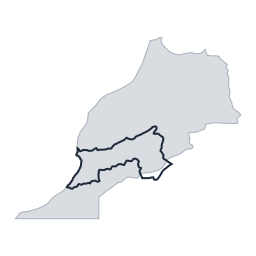 Souss - Massa - Draâ highlighted on a map of Morocco
{"feature_id": "MAR-1455", "entity_name": "Souss - Massa - Draâ", "entity_type": "Region", "adm_level": 1, "iso_a3": "MAR", "parent_name": "Morocco", "parent_adm1": "", "projection": "mercator", "projection_center": [-8.042, 30.523], "detail": "fine", "context": "in_parent", "style": "outline", "palette": "slate", "viewbox_px": 256, "rotation_deg": 0, "n_neighbors": 0, "source": "natural_earth", "source_scale": "10m", "svg_char_len": 5330}
<svg xmlns="http://www.w3.org/2000/svg" viewBox="0 0 256 256"><path d="M17.6,216.5L19.3,213.5L22.2,212.1L28.3,211.4L37.3,208.9L45.3,205.1L47.6,203.6L50.1,200.5L54.1,196.5L61.7,191.7L65.2,189.1L70.5,182.3L74.1,176.8L77.0,173.2L79.0,170.0L80.5,166.7L81.3,161.5L80.7,159.4L78.5,156.1L77.0,155.2L76.6,153.6L77.4,150.8L77.4,145.9L77.8,138.2L80.3,131.9L86.4,123.7L87.5,120.3L88.2,114.9L88.3,113.0L95.9,105.3L100.4,99.4L102.0,97.9L105.9,95.2L119.7,89.3L127.4,85.0L132.0,81.9L134.7,78.2L142.2,63.7L149.5,43.0L150.2,40.6L153.4,40.0L155.8,39.7L157.6,38.9L160.0,37.3L162.2,38.0L161.1,39.0L161.1,41.6L162.7,44.6L165.4,47.9L170.4,52.2L174.3,53.9L179.8,54.9L186.3,53.1L189.9,53.0L191.7,52.2L193.6,53.4L197.3,53.8L200.8,53.2L203.4,51.4L205.1,49.3L205.4,50.3L205.5,51.4L206.0,52.1L207.0,54.7L207.6,55.7L209.6,55.5L211.4,56.0L215.3,55.8L219.1,56.2L219.7,57.9L220.8,59.3L224.7,62.3L227.0,64.2L227.1,64.9L226.4,66.4L226.0,67.5L226.7,68.6L228.1,70.0L228.2,70.7L227.9,71.4L227.1,72.9L228.7,77.2L229.0,81.4L228.6,84.4L228.6,86.1L228.8,87.5L230.1,90.9L229.2,96.4L230.2,99.4L231.6,101.9L232.4,106.2L233.5,108.3L235.3,110.1L236.3,110.7L238.4,112.2L239.8,113.4L240.6,115.3L238.8,116.8L237.4,118.2L237.0,119.6L237.7,122.0L237.7,123.2L236.7,123.6L233.0,123.5L230.0,123.4L226.6,123.3L221.9,123.1L218.9,122.9L214.9,122.7L213.5,122.8L209.8,123.5L207.2,124.0L206.7,124.1L205.9,124.7L205.3,126.4L204.8,128.4L204.3,129.2L196.4,132.1L193.4,132.5L191.6,132.2L190.3,132.4L189.2,133.0L188.8,133.9L188.8,135.1L189.0,136.3L189.8,137.9L189.9,139.6L189.4,140.7L189.3,141.9L189.1,143.1L189.5,143.8L190.3,143.9L191.0,144.5L192.1,145.0L193.0,146.0L192.9,147.4L192.2,148.2L191.5,148.7L188.6,149.0L186.3,149.3L183.2,151.6L180.0,154.0L176.1,155.6L174.5,156.0L171.5,157.1L168.0,159.0L166.2,162.0L164.0,165.5L161.9,167.8L159.0,170.0L156.3,170.8L152.9,171.9L148.7,172.7L145.6,172.9L144.7,173.1L142.1,173.2L140.8,173.0L139.8,172.9L139.4,173.2L139.3,173.7L139.2,174.9L139.1,176.4L138.2,177.6L137.6,178.1L136.9,178.3L134.7,178.0L132.8,177.6L128.4,177.1L127.5,177.2L127.1,177.4L125.8,178.2L123.6,179.9L122.2,181.4L121.1,182.1L118.5,182.5L117.4,183.0L112.6,186.7L111.5,187.6L106.6,190.9L105.2,191.9L104.1,193.0L101.1,195.4L99.2,196.4L98.9,197.1L98.8,198.5L98.8,201.7L98.8,204.8L98.8,209.3L98.8,213.7L98.8,218.7L15.4,218.7L17.6,216.5Z" fill="#d9dde1" stroke="#a8b0b8" stroke-width="1"/><path d="M171.6,164.1L169.7,165.2L168.1,166.4L166.0,168.2L164.1,169.5L162.3,171.5L161.0,174.0L159.3,176.7L157.3,179.3L155.5,179.9L153.9,179.3L153.3,177.3L150.9,177.6L148.7,178.1L146.4,178.1L143.7,178.1L142.3,178.2L139.9,172.7L139.5,171.4L139.7,170.7L140.9,168.6L141.0,168.0L140.3,167.7L139.2,167.5L138.7,166.8L138.2,164.7L138.1,163.8L138.6,162.2L138.9,161.5L137.9,160.1L136.4,159.0L135.4,158.6L133.9,158.9L133.0,159.3L132.4,160.4L131.8,160.9L130.9,161.1L129.5,161.1L128.3,160.7L126.8,160.6L126.1,161.4L125.3,162.8L124.7,164.0L124.1,165.0L122.1,164.6L121.4,164.2L120.7,164.2L120.1,164.1L118.4,164.3L117.5,164.9L116.7,165.5L116.0,166.3L113.0,166.3L112.1,166.6L111.5,167.4L111.1,168.5L110.5,169.1L109.6,169.5L108.6,168.9L107.5,168.9L105.9,169.1L104.7,170.0L102.0,170.1L100.8,169.8L99.5,169.8L99.0,170.6L98.7,171.3L98.8,171.9L99.0,172.4L98.6,173.0L98.5,173.5L98.5,174.1L98.6,178.0L98.9,179.2L99.4,180.4L99.5,181.0L99.0,181.3L98.4,181.5L97.7,181.8L95.2,180.7L93.2,180.8L91.4,181.4L90.6,182.4L90.1,183.4L89.7,183.3L89.4,182.9L88.8,182.9L87.2,183.3L86.2,183.6L85.2,183.7L84.2,183.6L83.4,183.6L82.0,184.6L81.1,184.7L80.2,184.4L79.4,184.0L78.2,184.5L77.8,185.1L77.5,186.0L76.6,186.9L75.7,186.8L74.7,187.0L73.8,187.5L72.4,188.8L71.6,188.8L70.8,188.4L70.4,187.9L69.8,187.7L69.4,187.6L68.1,187.7L66.8,187.0L67.8,185.6L68.3,185.0L68.6,184.7L69.3,184.4L69.6,184.1L70.1,183.4L70.6,182.8L70.8,182.4L70.9,182.0L71.0,181.8L71.6,181.3L71.7,181.2L71.9,180.7L72.6,179.6L72.8,179.3L72.8,178.9L72.9,178.4L73.1,178.0L73.3,177.6L74.2,176.8L74.3,176.6L74.4,176.2L75.2,175.2L77.6,172.5L79.5,169.1L80.7,166.3L80.9,165.5L81.2,162.8L81.5,161.4L81.6,160.9L81.5,160.3L81.3,160.1L81.0,159.9L80.7,159.5L80.5,159.2L80.0,158.1L79.8,157.4L79.7,157.3L79.5,157.2L79.3,157.2L79.1,157.0L78.8,156.4L77.4,155.5L77.0,155.5L76.6,155.4L76.3,155.1L76.4,154.2L76.8,153.4L77.3,152.7L77.6,152.0L77.7,151.5L77.7,151.2L77.5,150.8L77.5,150.7L77.6,150.2L77.5,148.3L78.6,149.1L79.3,150.4L80.0,151.2L80.9,151.1L82.0,150.6L82.7,150.0L84.5,150.1L86.7,150.0L88.5,150.8L90.6,150.8L92.0,150.6L92.8,150.2L93.6,149.6L95.5,148.4L96.2,148.1L96.7,148.5L97.1,149.0L97.2,149.7L97.5,150.1L98.0,150.1L99.0,149.8L100.4,149.7L104.8,149.6L107.4,148.9L108.4,148.4L110.0,148.7L110.9,148.6L111.7,148.0L112.5,146.6L113.6,145.4L114.8,144.4L116.1,143.8L117.0,143.6L117.7,143.0L124.1,140.0L125.1,139.1L125.8,138.4L126.3,138.0L126.7,137.7L127.4,138.2L128.1,138.7L129.2,138.9L130.4,139.3L132.2,139.3L133.8,138.9L134.8,138.0L135.7,136.7L139.8,134.9L140.7,134.7L141.9,133.9L147.7,131.0L151.3,128.5L152.4,127.1L155.1,126.3L156.4,127.0L156.7,128.4L155.8,130.0L154.1,132.1L153.7,133.5L154.4,133.8L155.5,133.9L156.8,133.5L157.8,133.7L158.9,134.2L159.8,135.1L162.7,137.1L163.4,138.5L163.0,140.9L161.7,145.0L161.6,146.4L161.7,147.5L161.2,149.0L160.7,149.5L160.6,150.2L160.7,151.3L161.2,151.7L161.9,152.4L162.2,153.2L162.8,154.2L163.5,155.0L163.5,156.1L163.1,157.0L163.3,158.3L164.3,159.3L165.3,159.6L166.8,160.9L168.8,162.2L171.6,164.1Z" fill="none" stroke="#1e293b" stroke-width="2"/></svg>